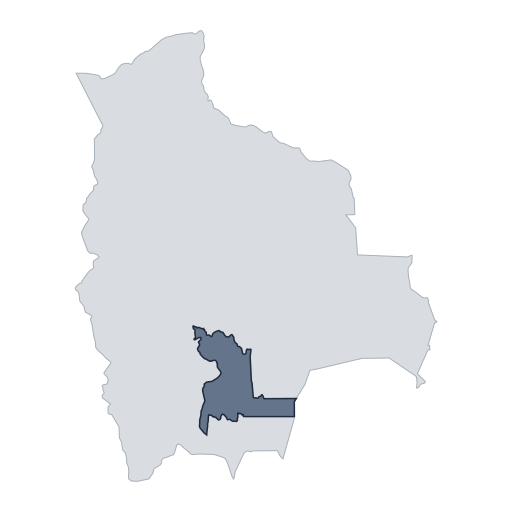 Chuquisaca highlighted on a map of Bolivia
{"feature_id": "BOL-1292", "entity_name": "Chuquisaca", "entity_type": "Department", "adm_level": 1, "iso_a3": "BOL", "parent_name": "Bolivia", "parent_adm1": "", "projection": "robinson", "projection_center": [-64.786, -19.94], "detail": "fine", "context": "in_parent", "style": "filled", "palette": "slate", "viewbox_px": 512, "rotation_deg": 0, "n_neighbors": 0, "source": "natural_earth", "source_scale": "10m", "svg_char_len": 9081}
<svg xmlns="http://www.w3.org/2000/svg" viewBox="0 0 512 512"><path d="M79.8,301.1L78.9,293.2L77.7,291.3L75.8,290.0L75.2,288.4L75.8,286.7L79.4,283.5L81.4,282.9L81.9,281.3L88.4,272.0L90.4,270.1L92.7,268.8L93.7,267.7L93.2,264.3L93.3,262.0L94.1,260.5L98.5,257.8L99.0,257.3L98.8,256.4L96.8,254.7L92.9,253.1L90.2,253.3L87.7,250.8L82.4,236.7L81.6,233.4L81.6,232.2L85.1,225.2L88.9,219.6L88.4,218.3L84.1,212.9L82.8,210.3L83.2,204.5L85.7,202.8L86.9,197.8L88.0,196.9L90.3,193.4L93.5,190.2L93.8,186.4L94.7,185.4L97.5,184.1L97.7,183.1L97.1,180.6L95.7,177.8L94.6,176.5L93.1,169.8L91.6,166.5L93.3,163.5L94.3,160.1L94.6,156.2L94.3,139.1L97.7,134.8L99.3,133.9L100.9,132.5L100.8,129.8L103.1,126.1L76.1,73.2L86.6,73.3L98.0,75.2L99.9,76.3L100.4,78.1L101.6,79.0L104.8,78.5L114.1,74.0L115.5,72.5L118.7,67.5L121.3,64.7L123.7,63.7L128.4,63.3L129.9,64.1L131.8,64.0L133.4,61.1L136.0,57.9L140.9,53.9L143.5,52.9L145.0,51.5L147.7,51.3L150.1,49.8L161.5,39.8L166.2,37.2L171.5,36.1L175.6,34.7L185.7,33.3L192.3,32.7L194.4,34.1L196.7,33.7L198.7,31.4L200.4,30.7L201.6,30.8L203.4,33.4L204.2,36.3L203.7,38.4L203.8,41.5L204.6,45.6L204.1,49.3L200.4,56.0L200.1,58.0L200.3,60.7L201.5,65.0L203.5,71.1L203.8,75.6L202.4,78.6L201.7,81.1L201.8,83.2L202.4,84.7L203.3,85.6L203.8,87.3L203.9,89.8L205.1,92.3L207.4,94.6L208.3,96.9L207.9,99.1L208.0,100.4L208.6,101.0L210.1,99.9L210.8,100.1L212.4,103.1L213.5,106.2L213.8,108.1L218.6,110.0L225.2,116.0L228.1,117.6L230.9,124.0L235.9,125.5L245.4,127.1L249.9,125.0L252.9,125.3L255.9,126.7L263.1,132.2L266.0,133.2L268.1,131.8L270.0,131.3L271.5,131.9L273.0,136.5L278.4,141.6L280.5,143.1L282.8,143.0L292.8,147.7L295.5,148.1L298.1,147.7L299.9,148.6L300.6,151.4L305.0,157.0L307.2,159.2L309.7,161.1L316.1,161.1L318.0,161.7L331.0,159.9L335.9,162.4L348.1,170.2L350.6,175.2L351.1,178.0L350.4,180.8L349.3,181.9L349.0,183.7L349.4,186.3L351.3,188.7L353.0,196.8L354.2,198.5L354.8,214.6L345.6,214.9L347.1,216.4L355.7,227.9L357.5,254.9L406.3,256.9L407.6,256.9L411.2,255.4L412.1,255.4L411.9,262.5L408.3,267.9L408.0,269.7L408.5,276.8L409.7,282.6L410.3,287.9L411.7,289.5L415.9,292.3L422.3,297.4L424.8,298.1L427.0,297.4L428.3,299.5L428.5,302.9L434.1,318.3L435.1,320.3L436.8,321.4L436.5,322.2L435.1,322.5L434.4,323.6L428.0,345.3L429.6,345.4L429.9,349.8L428.0,350.1L427.4,351.0L417.4,373.7L425.4,381.7L424.5,383.1L420.6,384.3L418.4,387.6L416.4,388.1L417.1,382.4L416.5,377.5L415.9,376.2L389.1,358.0L361.8,358.4L317.1,369.0L309.9,370.3L305.0,384.3L294.3,401.7L294.2,418.9L283.0,458.8L280.3,456.3L278.2,452.5L277.6,450.8L277.4,450.7L252.8,450.9L251.6,451.7L249.8,451.7L248.5,451.0L247.3,451.0L245.5,451.8L243.9,453.3L235.3,471.4L234.1,478.0L233.6,479.1L232.1,476.8L227.7,463.5L225.3,458.6L222.5,457.1L213.9,454.5L198.3,454.0L193.4,454.6L190.9,454.2L188.2,451.5L182.4,446.7L181.2,445.2L178.9,444.2L177.6,444.1L176.8,445.0L174.6,452.6L173.3,454.7L165.2,457.8L163.1,458.2L161.9,460.0L161.5,462.5L160.5,464.8L154.9,468.2L153.6,469.7L153.0,473.0L148.9,478.9L137.6,481.3L133.8,481.2L131.2,480.9L128.7,478.9L128.4,475.7L128.8,472.4L128.6,467.7L126.5,462.2L126.7,460.4L126.4,457.8L125.4,452.8L122.7,450.2L121.6,442.4L119.4,437.8L119.0,426.9L111.9,414.8L109.0,414.0L108.3,413.3L108.0,411.5L108.1,407.1L110.4,403.9L102.6,398.1L102.2,396.7L102.2,395.4L104.3,393.0L102.9,390.1L103.0,387.5L102.2,386.4L102.3,385.5L103.1,384.8L106.9,384.0L108.0,381.3L108.0,379.1L107.5,377.5L104.0,373.6L103.9,372.9L110.8,363.0L110.6,362.3L109.9,361.3L106.1,358.4L102.0,353.8L99.0,351.4L96.8,349.1L95.7,347.2L95.4,341.9L93.9,336.5L91.9,323.7L90.3,319.0L91.9,316.5L91.8,315.8L85.3,312.1L83.9,306.3L79.8,301.1Z" fill="#d9dde1" stroke="#a8b0b8" stroke-width="1"/><path d="M296.3,398.5L295.6,399.6L294.5,401.3L294.3,402.3L294.4,416.6L247.1,416.6L244.3,416.5L243.7,416.5L243.7,416.4L243.1,415.8L242.9,415.4L243.0,415.1L243.2,414.7L242.7,414.7L242.5,414.8L241.6,414.7L241.4,414.5L241.3,413.9L241.0,413.7L240.5,413.5L239.8,413.5L239.4,413.7L239.0,413.8L238.6,413.5L238.2,413.0L238.1,412.9L237.8,413.5L237.7,414.0L237.7,414.9L237.9,416.9L237.9,417.1L237.8,417.3L237.7,417.5L237.5,417.8L237.4,418.3L237.3,418.6L237.2,418.8L237.4,419.3L237.4,419.5L237.4,420.2L237.3,420.4L237.3,420.6L237.2,420.7L237.0,421.0L236.8,421.2L236.6,421.4L236.3,421.5L236.1,421.5L235.3,421.2L234.9,421.1L233.1,421.3L232.6,421.2L231.5,420.7L230.5,419.7L230.2,419.5L229.7,419.4L228.9,419.5L228.0,419.7L227.7,419.7L227.4,419.6L227.2,419.4L227.1,419.2L226.4,417.5L226.3,417.3L225.4,416.2L224.7,415.7L224.3,415.0L224.3,414.8L224.2,414.7L223.8,414.6L223.5,414.6L223.3,414.6L223.1,414.5L222.7,414.3L222.6,414.2L222.4,414.2L222.2,414.3L221.7,414.9L221.5,415.4L221.0,416.1L220.8,416.6L220.8,417.1L220.8,417.7L220.8,417.8L220.5,418.3L220.5,418.5L220.4,418.9L220.3,419.1L220.1,419.3L219.6,419.6L219.0,419.8L218.7,420.0L218.5,419.9L218.4,419.8L218.2,419.6L217.6,419.3L217.5,419.2L217.4,419.0L217.1,418.6L216.9,418.4L216.4,418.2L216.1,417.6L215.9,417.4L215.6,417.3L215.2,417.3L214.9,417.2L214.6,416.9L214.4,416.8L214.1,416.8L213.8,417.0L213.7,417.0L213.4,416.9L213.2,416.6L212.8,416.6L212.6,416.6L211.7,415.4L211.4,415.2L211.1,415.1L210.6,415.3L210.4,415.3L210.2,415.3L209.7,415.1L209.2,414.8L208.8,414.9L208.6,415.1L208.5,415.3L208.5,415.5L208.1,421.8L207.6,423.7L207.6,424.0L207.6,425.4L207.6,426.1L206.8,433.0L206.7,434.9L204.2,433.0L200.1,428.1L199.6,426.8L199.5,426.6L199.5,425.7L199.8,422.2L199.7,421.6L199.6,421.2L199.6,420.8L199.7,420.1L200.9,415.3L201.1,411.0L201.9,409.6L202.1,409.0L202.5,407.0L202.6,406.5L204.9,400.7L202.8,391.6L202.7,390.9L202.7,389.7L202.7,389.4L203.0,388.2L203.1,387.9L203.3,387.6L204.3,386.2L204.4,385.6L204.2,385.0L204.2,384.8L204.2,384.1L204.3,383.9L204.5,383.8L204.8,383.7L205.0,383.6L205.6,382.9L206.2,382.4L206.8,382.1L207.8,382.0L208.4,381.8L211.4,381.5L211.9,381.4L217.5,377.9L219.9,375.3L220.9,373.7L221.1,373.3L220.9,372.6L220.3,371.2L217.7,367.6L217.4,367.0L217.3,366.3L217.2,365.7L217.3,364.9L217.5,364.4L217.5,364.1L217.5,363.8L217.4,363.6L217.2,363.3L217.0,363.1L216.9,363.1L216.8,362.4L216.5,361.6L216.0,360.9L215.5,360.5L214.7,360.2L213.8,360.3L211.5,361.1L210.8,361.1L210.7,361.1L210.7,360.9L210.3,361.0L209.7,361.2L209.0,360.9L207.2,359.8L206.7,359.4L206.2,359.1L204.9,358.9L204.4,358.5L204.0,358.0L202.5,356.9L202.2,356.5L201.5,355.5L200.7,354.8L200.3,354.4L200.2,354.0L200.0,353.1L199.9,352.6L199.7,352.3L199.5,352.1L198.6,351.5L198.1,350.6L197.6,348.9L197.5,348.7L197.7,348.3L198.9,346.0L199.2,345.7L199.5,345.4L199.6,345.2L199.6,344.9L199.5,344.5L199.5,344.0L199.4,343.6L199.2,343.3L199.0,343.0L198.7,342.8L198.7,342.7L198.5,342.2L198.6,341.9L198.6,341.7L199.8,340.5L200.2,340.2L200.4,340.0L200.6,339.8L200.9,339.2L201.0,338.8L201.1,338.4L201.0,338.1L200.9,337.9L200.8,337.7L200.7,337.6L200.3,337.4L200.2,337.4L198.7,337.8L198.1,338.0L194.9,339.8L194.7,339.8L194.4,339.8L194.2,339.7L194.1,339.3L194.1,339.0L194.2,338.9L194.3,338.7L194.5,338.5L195.2,337.9L195.4,337.6L195.5,337.3L195.5,337.1L194.9,333.4L194.9,332.0L195.0,330.4L195.0,330.0L194.9,329.7L194.6,329.5L194.0,329.2L193.8,329.0L193.5,328.8L193.3,328.5L193.2,328.2L193.1,327.7L193.0,326.5L193.0,326.2L193.3,326.0L193.4,325.9L193.6,325.9L193.8,326.1L193.9,326.3L194.1,326.5L194.4,326.6L194.6,326.6L194.7,326.8L194.9,326.8L195.1,326.9L196.0,326.8L196.4,327.0L196.5,327.1L196.7,327.5L196.8,327.7L197.0,327.9L197.3,327.9L197.5,327.9L198.3,327.4L198.5,327.4L198.8,327.4L199.0,327.5L201.3,328.4L202.0,328.7L202.4,328.8L203.4,328.5L203.4,328.9L203.5,329.2L203.6,329.5L203.9,329.5L204.2,329.4L204.5,329.5L204.7,330.7L204.9,331.0L205.2,331.4L205.5,331.7L205.8,331.9L206.2,332.2L206.3,333.0L206.3,333.9L206.3,334.6L206.7,335.1L207.3,335.2L208.4,335.0L208.9,335.0L209.5,335.3L210.8,336.3L211.2,336.5L211.6,336.5L212.0,336.1L212.2,335.6L212.4,334.6L212.6,334.2L212.9,333.8L213.5,333.1L214.7,332.2L216.3,331.4L218.4,330.7L219.1,330.6L219.6,330.8L219.9,331.0L220.2,331.6L220.4,331.9L221.0,332.1L222.4,332.1L223.0,332.5L223.3,333.3L223.6,333.6L223.9,333.7L224.0,333.9L224.4,334.9L224.7,335.2L225.2,335.7L225.5,336.0L226.0,336.7L226.2,336.9L226.7,336.9L228.2,336.9L228.6,336.8L229.0,336.7L231.0,334.9L231.7,334.6L232.3,334.9L232.5,335.1L232.8,336.0L233.5,336.9L233.8,337.3L233.9,337.7L233.9,338.1L233.8,338.7L233.8,339.2L233.9,339.7L234.4,340.5L234.5,341.0L234.7,341.9L234.9,342.3L235.6,342.9L236.2,343.2L236.8,343.7L237.2,344.4L237.3,344.9L237.3,345.4L237.4,345.8L237.6,346.2L238.0,346.4L238.4,346.5L239.3,346.6L239.7,346.7L240.0,347.0L240.2,347.4L240.6,347.8L240.8,347.9L241.0,347.9L241.2,348.0L241.4,348.2L242.6,353.0L242.7,353.4L242.8,353.7L243.1,354.0L243.6,354.2L244.1,354.2L244.6,354.2L245.1,354.0L245.5,353.8L245.8,353.5L246.0,353.1L246.1,352.7L246.4,350.2L246.7,349.5L247.1,349.2L247.4,349.1L248.2,349.4L248.9,349.5L250.7,349.2L251.0,349.8L250.3,355.5L250.2,357.5L251.4,381.2L251.5,381.5L252.0,382.6L253.2,396.4L253.6,397.8L254.2,397.9L256.1,397.9L257.4,398.2L257.8,398.3L258.0,398.2L258.3,397.9L258.8,397.1L259.0,396.8L259.3,396.6L259.6,396.5L260.2,396.4L260.4,396.3L260.6,396.2L261.0,395.9L261.2,395.6L261.5,395.0L261.7,394.8L262.0,394.7L262.4,395.0L262.8,395.7L263.7,398.0L263.9,398.5L264.1,398.6L264.4,398.7L296.3,398.5Z" fill="#64748b" stroke="#1e293b" stroke-width="1.5"/></svg>